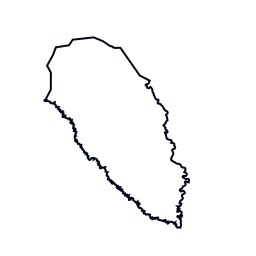 the district of Saixan, Selenge, Mongolia, rotated 136°
{"feature_id": "93677404B36550032188300", "entity_name": "Saixan", "entity_type": "district", "adm_level": 2, "iso_a3": "MNG", "parent_name": "Mongolia", "parent_adm1": "Selenge", "projection": "orthographic", "projection_center": [105.809, 49.34], "detail": "fine", "context": "isolated", "style": "outline", "palette": "ink", "viewbox_px": 256, "rotation_deg": 136, "n_neighbors": 0, "source": "geoboundaries", "source_scale": "gbopen_adm2", "svg_char_len": 5852}
<svg xmlns="http://www.w3.org/2000/svg" viewBox="0 0 256 256"><g transform="rotate(136 128 128)"><path d="M168.9,206.0L169.1,205.2L168.1,204.0L166.9,204.0L166.7,202.4L165.6,200.7L165.7,200.4L166.3,200.0L166.3,199.6L165.2,198.2L165.1,197.6L164.3,197.4L163.0,197.7L162.7,197.5L163.7,196.8L164.3,195.0L164.1,194.6L164.4,193.5L165.1,193.0L164.5,192.3L164.5,191.8L163.5,191.6L163.3,191.3L164.3,191.3L165.1,190.5L164.3,189.7L164.1,187.8L164.3,187.5L164.8,188.2L165.2,188.2L165.3,187.3L164.8,186.5L165.4,185.5L165.0,185.0L163.3,185.4L163.1,184.9L163.9,184.3L164.1,183.4L164.7,183.5L166.1,182.5L165.9,181.8L164.5,180.8L164.3,180.5L164.6,180.1L165.1,180.2L166.7,181.9L167.3,181.5L167.2,181.1L165.8,179.5L165.7,178.1L164.4,176.4L164.5,175.1L164.1,174.8L163.2,175.1L163.5,174.0L163.3,173.7L163.7,173.1L162.8,172.7L163.1,172.5L164.1,172.8L164.2,172.2L163.8,171.9L163.9,171.5L165.7,171.8L165.2,169.4L164.7,169.2L164.3,169.4L164.3,170.6L164.0,170.3L164.0,169.8L164.7,168.6L164.5,167.8L166.6,166.9L166.7,166.7L166.5,165.8L166.6,165.5L167.6,165.8L167.6,165.2L166.6,164.1L166.6,163.5L167.4,163.3L168.6,163.8L169.1,163.4L167.8,161.7L167.8,161.0L168.2,160.7L169.1,160.8L170.3,159.6L170.8,159.6L171.0,158.5L172.2,159.1L173.7,156.9L173.5,156.2L174.4,155.9L174.8,155.4L173.3,154.6L173.6,154.0L174.3,154.5L174.8,154.3L174.8,153.8L174.4,152.6L175.0,151.2L174.1,150.6L174.4,149.1L173.5,148.8L173.2,148.3L174.0,147.6L175.2,147.5L175.6,147.0L174.8,146.0L174.8,145.6L175.8,144.6L175.2,143.6L175.6,143.0L175.6,142.0L176.4,141.4L176.5,141.0L175.5,139.9L176.4,138.9L175.2,138.4L175.0,138.0L176.5,137.1L176.5,136.4L176.0,135.9L176.0,135.2L176.4,134.7L177.4,134.8L177.7,134.6L178.0,132.1L177.9,131.7L177.4,131.5L175.2,131.7L174.4,130.8L173.7,130.6L173.3,130.0L174.4,129.2L173.0,129.1L172.1,127.5L172.3,126.7L173.3,126.1L172.3,124.5L172.3,124.1L172.7,123.7L174.1,123.7L174.3,122.8L175.0,122.0L174.6,121.7L173.8,121.8L174.1,121.1L174.1,120.2L175.2,119.6L175.0,118.7L175.9,118.9L176.0,118.5L175.1,117.6L174.3,118.1L173.5,117.2L173.2,116.2L171.9,116.0L171.6,115.7L172.8,115.3L173.1,114.0L173.7,112.7L174.5,112.0L173.3,110.3L174.4,110.1L176.2,108.9L176.4,108.4L175.9,107.3L176.0,106.5L176.6,106.1L176.8,105.5L177.2,105.6L177.6,105.1L177.9,105.3L178.2,104.9L178.0,104.3L177.0,103.9L177.2,103.1L176.7,102.3L177.8,101.9L177.9,101.4L176.4,100.6L176.2,100.2L176.7,99.7L177.8,99.7L178.1,99.4L177.9,98.8L176.3,98.1L176.2,97.6L176.6,96.6L176.2,95.9L176.4,95.3L176.0,94.5L176.6,93.7L177.5,93.1L177.6,92.7L177.2,92.2L175.5,92.6L175.7,91.6L174.7,90.8L175.4,90.6L176.6,91.0L177.2,90.7L177.1,90.1L175.6,88.9L176.6,88.6L176.6,88.0L175.2,87.5L175.1,87.2L176.1,86.4L175.7,85.4L177.0,84.5L176.8,84.0L175.5,83.0L175.9,82.4L175.8,81.8L176.9,81.9L177.1,81.3L176.2,80.6L175.5,80.9L174.9,80.7L174.8,80.2L175.6,79.8L176.1,78.9L174.5,78.7L175.8,77.9L175.5,77.4L175.9,76.9L175.2,76.3L176.7,76.2L177.2,75.6L176.4,74.9L175.6,74.7L174.4,75.6L173.9,75.4L173.2,73.5L174.4,72.8L174.1,71.3L174.2,69.9L174.1,68.7L173.6,68.5L172.0,68.5L172.8,67.2L173.6,67.4L174.1,67.1L173.9,66.4L172.2,65.9L172.5,65.2L173.7,65.1L174.1,66.0L174.5,66.2L174.8,65.8L175.3,64.3L175.2,63.4L175.4,62.6L174.4,61.6L174.2,59.4L175.4,59.1L175.5,58.6L173.8,56.8L174.4,56.3L175.8,56.2L176.0,55.6L175.1,54.7L175.3,53.6L174.8,52.7L173.7,52.4L173.4,51.4L172.4,50.6L172.4,50.3L173.6,49.4L173.5,48.3L174.4,47.7L174.3,47.1L173.4,46.7L173.9,45.9L173.9,45.5L173.4,45.4L172.5,46.2L172.3,44.8L171.4,45.0L171.1,44.7L171.2,43.5L170.7,43.5L170.2,44.0L168.6,42.7L168.7,42.3L169.4,42.0L169.9,41.3L169.6,40.1L168.7,39.3L167.8,37.5L166.8,37.0L167.2,36.2L166.7,35.7L165.7,36.1L165.0,35.9L165.1,35.5L166.0,34.4L166.2,33.7L165.8,33.2L164.9,33.5L164.4,33.2L165.5,32.4L165.7,31.6L162.9,31.3L161.3,29.8L161.4,28.1L160.1,27.6L161.1,27.4L161.4,26.9L160.2,26.5L160.0,26.1L160.8,25.1L160.6,24.5L161.6,24.2L161.7,21.9L159.8,20.8L159.5,19.9L156.9,21.6L156.1,23.2L154.5,24.2L154.0,25.0L153.9,25.8L152.6,26.6L152.7,27.1L153.6,27.1L152.8,28.0L154.1,29.1L154.0,30.1L153.4,30.2L152.8,29.1L151.8,28.9L151.4,27.3L150.8,27.0L150.2,27.1L149.8,27.6L150.1,28.9L148.0,29.9L148.0,31.8L148.5,32.4L150.2,33.0L150.7,33.5L149.3,34.6L147.8,33.7L147.1,34.0L146.8,34.4L146.9,34.7L147.9,35.7L146.7,36.2L146.8,37.3L144.9,35.8L144.3,35.6L142.4,36.4L142.4,37.3L143.2,38.0L143.1,38.3L140.7,39.3L139.1,38.9L138.0,39.0L137.0,39.9L136.5,41.7L136.0,42.2L134.9,42.2L133.1,41.7L132.0,41.9L131.7,43.0L131.8,44.3L132.3,44.9L133.9,45.4L134.1,45.8L134.1,47.0L133.9,47.3L133.0,47.6L131.2,47.0L129.0,47.8L127.7,47.1L126.1,47.2L125.4,47.7L125.1,48.2L124.9,49.3L124.5,49.7L123.3,49.5L122.5,47.1L122.1,46.7L120.2,48.2L119.9,49.4L121.6,50.9L122.6,53.2L122.8,54.5L122.3,55.1L121.5,55.1L119.7,53.3L118.1,53.6L117.5,54.4L117.4,55.4L118.2,57.1L115.8,57.9L114.8,59.2L114.9,60.0L116.5,62.3L115.8,65.4L116.1,66.6L117.8,68.7L118.4,71.8L118.8,72.6L119.3,74.5L119.1,75.1L117.6,76.3L113.1,78.0L111.6,81.6L110.8,81.7L108.9,80.8L107.6,81.2L107.2,81.7L107.1,83.2L106.0,84.0L105.6,84.9L106.2,86.2L107.1,86.9L107.3,87.5L105.8,88.1L105.5,88.5L105.5,89.3L107.4,92.6L107.3,93.9L105.2,97.0L105.1,98.0L104.5,99.2L104.1,99.1L103.9,98.1L103.5,97.7L102.6,97.6L101.9,98.1L101.7,99.2L102.0,101.2L100.7,102.6L100.7,105.2L100.2,105.4L99.2,105.0L95.7,106.2L94.2,106.1L92.1,109.4L91.8,110.8L91.3,111.1L89.2,111.1L88.5,112.0L88.3,112.8L88.8,113.6L89.0,115.7L88.1,119.5L88.2,120.9L88.0,122.3L88.3,123.2L89.3,124.5L89.3,125.3L89.0,125.7L88.0,125.8L86.6,127.2L87.4,127.7L87.5,128.6L87.9,129.5L87.8,130.2L86.8,132.4L86.6,133.7L85.8,134.7L85.3,136.9L83.8,138.8L83.2,141.4L83.6,142.0L85.1,142.0L85.9,142.7L86.2,143.5L85.3,145.0L85.6,146.4L85.2,146.8L84.6,146.8L83.1,145.8L82.1,145.8L79.5,147.0L83.1,157.5L77.8,190.9L79.8,193.0L81.3,194.1L82.8,196.4L82.6,197.3L84.0,199.6L85.8,208.1L89.7,217.0L106.4,229.9L113.0,228.5L123.8,236.1L131.4,232.6L143.0,229.0L145.0,221.4L156.9,209.2L167.3,205.8L168.9,206.0Z" fill="none" stroke="#020617" stroke-width="2"/></g></svg>